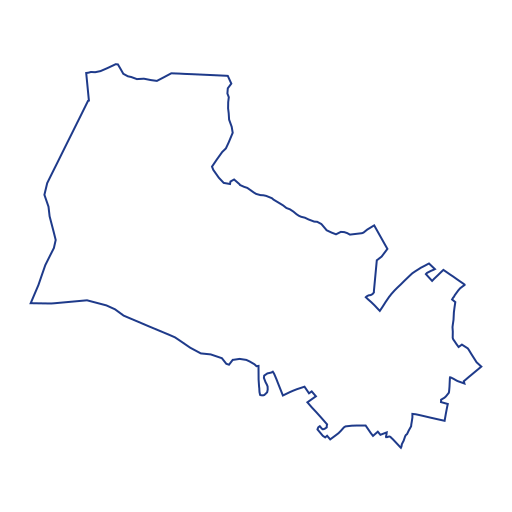 the district of Camerino Z. Mendoza, Veracruz, Mexico, rotated 180°
{"feature_id": "50627088B22959836767902", "entity_name": "Camerino Z. Mendoza", "entity_type": "district", "adm_level": 2, "iso_a3": "MEX", "parent_name": "Mexico", "parent_adm1": "Veracruz", "projection": "orthographic", "projection_center": [-97.172, 18.79], "detail": "fine", "context": "isolated", "style": "outline", "palette": "blue", "viewbox_px": 512, "rotation_deg": 180, "n_neighbors": 0, "source": "geoboundaries", "source_scale": "gbopen_adm2", "svg_char_len": 4453}
<svg xmlns="http://www.w3.org/2000/svg" viewBox="0 0 512 512"><g transform="rotate(180 256 256)"><path d="M251.9,117.1L251.0,116.8L250.2,116.7L249.4,116.7L248.7,116.7L247.7,117.0L246.5,118.1L245.7,118.9L244.9,119.7L244.8,120.0L244.3,122.4L244.4,125.5L245.2,127.5L246.4,129.7L248.1,134.1L247.8,136.4L244.6,138.6L242.7,139.0L240.6,139.5L239.2,140.3L238.1,138.6L237.6,137.6L235.6,132.9L234.7,130.6L234.6,130.3L231.9,123.5L229.1,116.5L222.1,119.9L218.9,121.3L215.1,122.8L207.8,125.2L207.5,125.3L205.3,122.1L203.0,118.7L200.3,120.6L196.1,115.7L204.6,109.7L200.2,104.6L195.6,99.7L191.1,94.7L184.9,87.6L185.2,86.4L185.3,84.6L187.2,83.3L188.2,82.9L189.2,82.7L190.1,83.3L190.7,84.0L192.2,85.8L193.6,84.8L194.2,83.6L194.5,82.5L194.3,82.3L189.2,76.2L186.8,74.6L184.9,76.2L181.8,72.6L176.4,76.6L173.5,78.8L171.2,81.1L168.1,84.6L166.5,85.6L160.2,86.3L154.4,86.5L146.4,86.5L143.1,81.7L141.2,78.9L139.0,76.1L134.2,80.3L131.6,77.2L125.3,79.6L125.5,77.8L126.0,75.4L125.9,74.9L125.5,74.9L124.8,74.9L123.3,75.4L122.6,75.5L122.2,75.4L121.5,75.0L120.5,74.0L119.2,72.8L117.5,71.0L116.0,69.4L111.6,64.7L111.1,64.2L110.9,64.6L110.9,64.9L110.6,65.3L110.4,66.2L110.2,67.7L109.8,68.5L109.1,69.9L108.4,71.2L107.5,73.8L107.0,75.3L106.5,76.4L106.1,77.0L105.3,77.6L104.9,78.0L103.3,81.4L100.9,85.7L100.7,87.6L100.3,89.9L99.8,93.2L99.6,94.6L99.6,96.6L99.6,98.1L96.1,97.7L94.4,97.3L94.2,97.3L89.8,96.3L86.8,95.6L81.7,94.4L76.8,93.3L74.6,92.8L67.4,91.2L66.1,98.6L65.3,102.8L64.7,105.8L64.2,108.0L71.0,109.9L70.9,112.3L67.5,114.3L66.0,115.7L63.2,119.2L63.0,120.0L62.8,121.8L62.5,125.4L62.4,127.7L62.1,134.1L61.9,134.7L60.9,134.4L58.5,133.2L55.2,131.3L53.8,130.7L51.8,130.0L47.6,128.5L48.2,130.8L46.6,132.1L43.0,135.2L41.4,136.5L30.7,145.4L34.4,148.8L35.4,149.7L37.3,152.7L38.9,155.2L40.8,158.2L43.1,162.0L44.2,163.6L50.1,167.4L53.4,165.0L55.6,168.0L57.6,171.0L58.3,171.9L58.5,172.3L58.9,172.9L59.3,174.2L59.2,180.3L59.5,184.9L59.2,187.3L58.5,192.1L58.1,199.8L57.5,204.5L56.7,209.9L59.9,212.5L58.9,214.3L58.0,215.3L57.3,216.7L53.8,221.5L51.9,223.7L49.4,225.6L47.4,227.0L47.4,227.4L48.9,228.5L52.1,230.7L55.4,233.0L58.9,235.5L61.8,237.4L65.7,240.1L68.6,242.1L70.3,240.5L73.2,237.7L74.1,236.8L77.9,233.2L79.9,231.1L83.2,234.7L86.1,237.9L85.1,239.0L84.6,239.3L81.1,241.1L78.5,242.2L77.1,242.9L83.0,248.5L84.4,247.8L86.8,246.5L89.9,244.9L91.1,244.3L93.1,243.0L96.6,240.8L99.7,238.7L102.4,236.2L104.9,233.8L107.5,231.3L111.4,227.4L112.9,226.0L114.8,224.2L117.4,221.6L120.8,217.8L121.9,216.3L122.7,215.4L126.6,209.7L127.4,208.4L129.7,204.8L132.2,201.1L134.5,203.5L137.5,206.7L140.7,209.8L144.0,212.7L146.2,214.8L145.8,215.2L144.7,216.0L143.2,216.7L141.4,216.9L140.0,217.6L139.1,218.3L138.5,219.1L138.1,219.6L138.1,220.9L135.2,251.7L130.4,255.4L124.6,263.1L127.6,268.4L137.8,286.6L139.2,285.8L144.8,282.4L148.5,279.4L150.1,278.8L162.1,277.4L164.8,278.9L167.8,279.9L171.2,280.1L176.0,277.7L180.4,279.4L185.5,281.8L185.8,282.3L190.3,287.6L190.7,288.0L194.8,290.2L197.8,290.4L199.9,291.2L203.6,292.6L207.1,294.3L210.8,295.2L213.1,296.2L215.5,297.8L218.6,300.4L222.1,302.7L225.6,304.0L228.9,306.6L238.5,312.4L240.1,313.8L245.8,316.1L248.5,316.7L251.6,316.9L255.9,318.1L258.2,319.5L264.7,324.1L268.0,325.2L272.0,327.0L272.5,327.8L277.9,332.5L281.5,330.5L282.0,328.0L288.3,329.1L293.2,334.3L298.7,342.1L300.0,345.4L295.1,352.6L289.8,360.0L286.1,363.6L283.3,369.6L279.3,379.2L280.3,385.2L282.9,392.4L283.3,398.7L283.9,403.6L283.8,409.9L283.2,414.8L284.6,418.5L284.2,423.7L280.7,428.4L284.2,436.1L285.1,436.2L291.2,436.5L299.8,436.9L310.8,437.4L319.6,437.8L327.3,438.1L332.6,438.4L340.7,438.7L348.2,434.7L355.1,431.1L361.0,431.9L368.1,433.3L375.1,432.9L380.8,435.0L384.1,435.7L388.7,438.2L391.7,443.5L394.1,447.6L396.3,447.8L404.8,443.8L411.5,440.9L416.8,439.8L421.1,440.0L423.6,439.3L425.8,439.0L423.1,411.4L424.0,411.1L431.4,396.1L434.9,389.1L439.6,379.6L444.7,369.4L449.8,359.1L454.4,349.8L459.6,339.4L464.8,328.9L467.6,317.2L463.5,305.3L462.4,295.7L458.3,280.0L456.3,272.0L458.1,264.0L461.9,256.5L466.7,246.9L470.1,237.1L473.6,226.9L476.3,220.6L481.3,208.8L461.0,208.5L458.1,208.7L425.0,211.7L405.6,206.6L397.0,202.7L388.4,196.4L382.3,193.8L363.0,185.6L342.4,177.0L337.1,174.7L333.2,172.1L321.8,164.3L311.2,158.6L301.3,157.6L290.1,153.8L285.7,148.2L283.0,147.3L279.3,152.1L279.2,152.1L272.4,153.1L265.7,152.1L262.3,150.5L257.5,147.7L255.5,145.8L253.5,146.1L253.5,145.8L253.4,132.4L252.9,125.0L252.7,123.8L252.7,123.0L252.5,119.9L251.9,117.1Z" fill="none" stroke="#1e3a8a" stroke-width="2"/></g></svg>